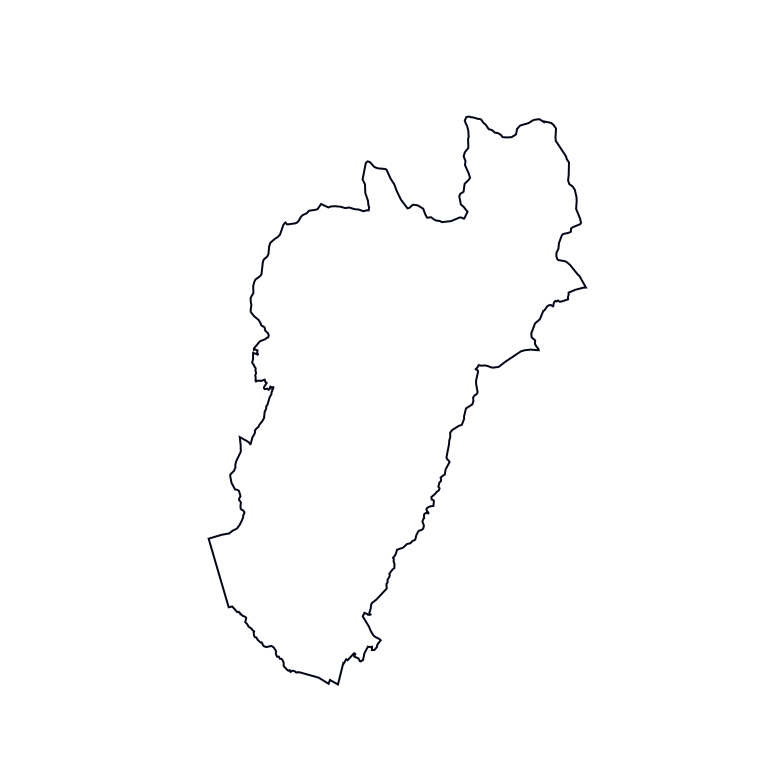 outline of Densus, Hunedoara, Romania, rotated 110°
{"feature_id": "2599482B28304052342107", "entity_name": "Densus", "entity_type": "district", "adm_level": 2, "iso_a3": "ROU", "parent_name": "Romania", "parent_adm1": "Hunedoara", "projection": "albers", "projection_center": [22.719, 45.565], "detail": "fine", "context": "isolated", "style": "outline", "palette": "ink", "viewbox_px": 768, "rotation_deg": 110, "n_neighbors": 0, "source": "geoboundaries", "source_scale": "gbopen_adm2", "svg_char_len": 6153}
<svg xmlns="http://www.w3.org/2000/svg" viewBox="0 0 768 768"><g transform="rotate(110 384 384)"><path d="M589.3,495.9L646.9,453.6L645.0,450.5L648.5,444.0L647.8,442.5L648.3,442.2L648.5,440.9L649.6,440.0L649.3,439.4L650.2,437.4L650.2,435.2L650.6,433.9L651.4,433.3L655.2,433.0L656.5,430.3L658.3,428.3L659.2,424.9L660.3,423.3L660.9,421.4L662.4,421.4L664.9,420.0L666.0,418.8L665.9,417.2L667.7,415.1L669.1,411.6L668.7,410.8L669.2,410.5L669.4,409.5L670.7,408.7L671.5,407.0L671.4,404.4L668.6,400.2L669.3,397.5L672.0,394.0L674.5,393.4L676.5,391.6L676.9,390.9L676.2,389.6L677.8,387.8L677.4,386.5L678.0,385.1L680.0,383.1L682.9,382.0L683.7,381.2L685.8,377.1L686.1,375.8L685.4,375.1L685.8,374.4L685.5,374.1L686.5,373.4L684.7,371.8L684.5,371.1L684.5,369.5L685.2,367.8L684.3,366.6L684.2,365.4L683.8,365.0L682.3,345.0L684.6,333.5L680.6,333.6L682.1,324.5L660.2,326.8L660.3,326.2L655.6,325.4L656.0,323.7L647.3,320.1L647.2,319.6L647.6,318.6L649.4,319.0L650.3,318.7L650.6,314.2L652.7,311.8L652.7,311.1L650.6,309.3L643.9,310.3L636.3,309.3L636.2,308.0L635.0,305.4L638.2,304.4L637.2,302.0L633.3,300.6L632.2,301.1L630.8,301.0L625.9,299.5L625.3,300.7L624.6,306.1L623.8,308.1L620.3,312.3L617.2,315.1L609.6,324.5L605.7,324.1L605.9,321.1L606.3,320.1L606.0,319.7L605.9,318.5L605.3,317.9L604.7,319.2L603.9,319.5L599.7,319.7L595.5,320.6L593.9,320.4L589.3,317.5L575.3,311.5L571.1,313.3L569.0,312.8L566.9,313.7L563.0,313.0L561.8,313.1L560.5,314.1L555.3,312.5L553.5,311.3L549.5,312.6L547.6,314.2L545.0,315.0L544.2,316.1L542.1,315.2L539.3,314.8L535.3,315.1L531.3,310.1L526.4,307.6L524.7,304.8L521.9,303.6L519.7,301.4L514.8,301.9L511.0,301.4L509.8,300.9L508.2,298.6L506.5,297.7L503.6,298.0L499.9,300.9L497.6,300.9L496.4,300.4L494.1,301.4L492.2,301.6L490.3,299.9L490.4,298.2L489.7,298.3L488.8,300.0L487.5,301.2L485.9,301.2L483.4,299.1L481.7,295.9L477.0,297.0L476.4,297.6L476.2,299.7L474.1,300.8L469.4,298.2L467.6,297.7L465.2,296.1L463.0,296.1L461.9,297.8L457.8,298.2L456.0,297.4L454.7,297.4L452.6,298.8L449.7,297.1L448.4,295.9L443.3,296.9L435.0,295.7L433.9,297.0L433.1,298.9L431.6,300.2L418.9,302.2L414.5,303.4L411.5,303.5L407.1,305.2L403.8,304.1L397.8,299.4L395.7,296.9L389.3,296.8L387.1,297.7L378.9,298.6L372.9,294.0L369.4,294.2L366.3,295.6L363.7,295.0L362.2,293.7L360.7,293.2L359.4,293.4L352.4,297.5L349.5,298.6L340.4,299.8L339.2,300.6L338.6,302.9L336.3,301.8L333.9,301.5L333.6,299.1L331.9,295.1L331.6,291.4L331.8,289.5L331.4,287.2L328.7,282.1L321.6,277.6L306.6,266.6L304.0,263.1L301.5,257.9L299.4,250.2L298.3,250.8L296.1,254.3L294.6,255.9L291.3,256.9L289.7,261.2L286.2,262.9L275.4,262.8L269.9,259.7L260.8,259.3L259.9,258.4L255.2,257.2L253.7,256.0L252.7,254.4L253.2,252.2L253.1,251.6L249.3,252.2L247.3,251.3L247.1,250.8L247.3,250.0L246.0,249.0L246.6,247.3L245.8,245.4L241.5,240.0L239.7,240.8L236.7,241.1L235.0,241.8L230.0,236.4L225.1,229.3L224.3,227.2L215.8,237.1L214.9,239.3L208.6,249.7L207.1,253.4L206.7,255.6L207.9,262.6L207.4,263.8L205.4,265.5L202.0,266.8L197.1,266.4L191.6,267.8L183.5,267.7L181.8,267.0L178.7,262.1L177.0,260.5L173.7,261.4L171.9,260.0L166.7,254.3L165.1,254.0L161.3,256.5L153.7,263.4L146.2,265.5L142.6,267.0L136.4,271.0L134.0,274.1L132.7,278.3L129.8,280.6L124.5,281.9L112.6,285.9L110.1,289.3L107.9,290.7L96.8,305.7L93.9,307.1L85.2,309.7L82.6,313.2L81.5,316.2L82.5,323.3L83.2,323.2L82.0,328.6L84.1,332.7L85.7,334.6L89.3,337.3L94.5,344.4L98.7,346.2L104.3,345.3L108.4,348.5L110.3,352.9L111.3,356.5L111.3,357.4L110.0,359.1L109.4,362.0L109.3,363.3L109.9,365.7L108.5,369.3L108.7,372.8L105.6,377.0L104.6,379.8L102.3,383.1L102.2,384.7L102.8,386.7L102.9,390.8L103.6,393.6L103.5,395.3L105.0,397.9L108.8,398.2L111.2,396.3L113.1,394.2L117.0,391.5L122.9,388.9L124.7,388.9L133.3,385.5L138.7,387.3L142.9,387.0L146.6,383.7L150.7,382.7L157.3,376.3L160.9,373.6L164.0,374.6L168.2,376.7L176.2,375.0L179.1,377.3L181.8,377.5L189.0,373.2L190.2,369.9L193.6,364.4L201.1,365.2L201.4,366.0L201.1,367.6L201.5,369.7L208.0,376.7L212.1,384.9L211.7,387.5L212.4,389.7L212.5,392.5L211.2,396.9L212.7,399.6L212.9,400.5L210.4,403.3L205.9,407.1L204.6,413.4L205.6,418.1L210.1,420.6L210.9,422.0L205.0,431.1L198.1,438.2L192.8,442.7L189.0,447.8L181.7,455.0L181.6,456.7L183.4,463.3L183.5,466.0L183.1,468.0L180.5,472.5L180.3,475.4L181.7,476.4L183.1,476.6L199.0,474.1L203.0,470.1L210.9,466.9L217.2,461.8L221.5,459.7L222.9,458.5L226.1,457.8L226.6,459.4L228.7,462.5L228.7,467.3L229.8,471.6L230.1,477.3L231.9,480.3L232.3,485.5L233.6,490.6L235.3,494.6L237.1,496.6L236.4,504.7L242.4,506.2L243.7,507.9L246.9,513.8L250.0,515.0L253.0,518.1L255.4,519.3L260.1,520.0L262.4,521.2L263.4,522.4L266.9,528.9L267.1,529.8L266.0,531.9L267.2,532.5L269.5,533.0L279.1,532.8L282.2,534.1L285.1,536.3L290.1,539.1L294.0,539.0L301.4,537.0L304.1,537.3L308.3,539.6L311.1,539.5L322.6,536.7L325.1,537.3L329.5,540.4L332.0,540.8L336.7,540.4L343.3,537.8L347.0,538.6L349.3,538.6L353.0,537.0L355.1,535.6L360.3,534.6L362.0,533.7L364.8,529.1L366.7,523.7L368.8,521.1L370.8,519.5L371.6,515.6L374.4,513.9L376.2,510.1L378.1,508.8L380.0,508.9L380.7,509.9L382.6,511.0L386.3,515.2L395.1,518.4L396.3,517.9L395.6,517.5L395.7,514.4L397.6,514.0L399.4,512.6L399.7,512.8L399.4,513.9L399.6,517.6L405.6,515.5L408.6,515.3L409.9,514.3L410.6,512.7L411.8,511.8L413.1,510.0L415.5,509.3L417.3,508.0L419.9,507.9L422.5,506.5L424.8,505.9L425.4,505.1L424.4,504.3L423.1,501.2L423.2,500.6L420.7,497.6L422.6,496.2L423.1,495.3L422.9,494.9L423.1,494.6L428.0,495.7L429.0,495.4L429.6,494.3L428.4,492.2L428.9,490.4L427.3,490.0L427.1,489.3L426.1,490.1L425.3,489.9L425.7,488.3L424.8,487.1L425.2,486.6L430.3,486.8L432.0,486.3L435.4,486.9L443.2,486.4L445.2,487.0L447.4,486.3L451.1,486.6L457.0,485.1L459.6,485.5L465.3,487.2L467.5,487.4L469.8,488.8L472.0,489.4L473.3,488.7L476.1,488.7L478.8,489.4L485.9,488.8L486.3,489.1L485.2,490.8L484.6,492.9L483.2,501.4L490.7,497.7L496.6,495.4L507.3,496.5L510.8,496.1L513.0,495.1L516.8,495.2L521.5,497.4L523.0,497.1L528.9,493.6L534.0,488.0L533.6,485.3L534.2,483.6L538.5,480.5L541.3,480.9L542.7,480.5L543.7,478.5L544.5,477.9L547.9,477.1L550.5,475.8L551.1,472.8L552.3,471.4L553.1,471.0L555.3,471.4L557.6,470.8L561.2,470.9L566.1,471.5L570.2,472.8L573.8,476.2L577.4,478.4L581.1,484.8L589.3,495.9Z" fill="none" stroke="#020617" stroke-width="2"/></g></svg>